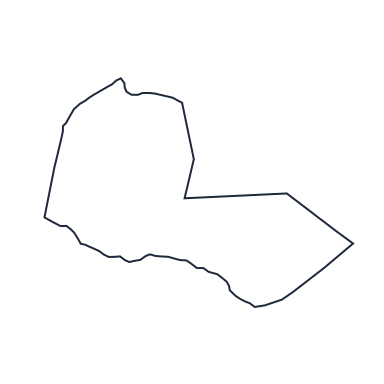 the district of Anguera, Bahia, Brazil, rotated 350°
{"feature_id": "56859067B25095444078591", "entity_name": "Anguera", "entity_type": "district", "adm_level": 2, "iso_a3": "BRA", "parent_name": "Brazil", "parent_adm1": "Bahia", "projection": "mercator", "projection_center": [-39.208, -12.178], "detail": "fine", "context": "isolated", "style": "outline", "palette": "slate", "viewbox_px": 384, "rotation_deg": 350, "n_neighbors": 0, "source": "geoboundaries", "source_scale": "gbopen_adm2", "svg_char_len": 1140}
<svg xmlns="http://www.w3.org/2000/svg" viewBox="0 0 384 384"><g transform="rotate(350 192 192)"><path d="M42.3,191.4L49.4,197.2L56.6,202.7L62.5,203.6L65.9,207.4L68.8,211.4L71.1,217.0L73.5,223.7L77.7,225.4L81.5,228.1L85.8,230.9L90.5,234.2L94.4,238.4L98.7,241.5L104.4,242.4L109.9,242.9L113.9,247.3L118.1,250.1L122.4,249.8L129.2,249.9L135.3,247.0L139.8,246.1L144.8,248.6L150.4,250.1L157.4,251.7L162.7,254.3L168.5,257.0L174.6,258.4L178.0,261.6L183.5,267.7L190.0,268.9L194.5,273.5L198.3,275.3L202.7,277.4L206.9,282.0L210.6,286.4L212.1,290.8L212.2,295.4L216.8,301.8L221.4,306.1L225.7,309.3L229.5,311.5L233.8,316.1L244.0,316.3L261.9,313.6L273.7,308.2L308.9,289.7L341.7,270.7L333.7,262.4L327.5,255.9L285.1,209.9L220.3,201.6L183.6,196.9L187.9,187.0L199.5,160.0L197.7,102.4L193.8,99.4L189.4,95.8L185.2,94.0L179.8,91.7L172.8,88.7L167.3,87.1L160.6,85.9L155.4,86.9L149.3,85.7L145.0,82.0L143.9,77.6L144.3,73.0L141.6,67.7L136.7,69.1L131.8,72.2L127.6,73.5L111.8,79.3L106.6,81.5L102.7,83.6L96.9,85.7L90.1,89.9L83.9,97.3L79.7,102.4L76.3,104.7L75.4,109.8L72.4,117.1L63.1,138.6L60.9,143.5L42.3,191.4Z" fill="none" stroke="#1e293b" stroke-width="2"/></g></svg>